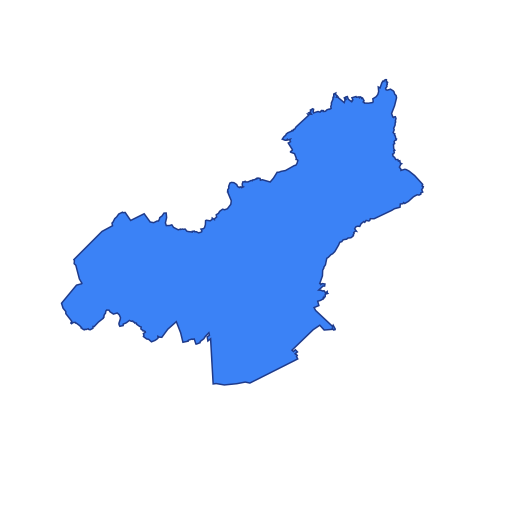 Villa Corona, Jalisco, Mexico, rotated 64°
{"feature_id": "50627088B54593739216200", "entity_name": "Villa Corona", "entity_type": "district", "adm_level": 2, "iso_a3": "MEX", "parent_name": "Mexico", "parent_adm1": "Jalisco", "projection": "albers", "projection_center": [-103.727, 20.389], "detail": "fine", "context": "isolated", "style": "filled", "palette": "blue", "viewbox_px": 512, "rotation_deg": 64, "n_neighbors": 0, "source": "geoboundaries", "source_scale": "gbopen_adm2", "svg_char_len": 6062}
<svg xmlns="http://www.w3.org/2000/svg" viewBox="0 0 512 512"><g transform="rotate(64 256 256)"><path d="M275.3,105.2L272.5,103.5L273.4,101.1L272.7,99.9L274.0,99.3L273.7,95.0L271.8,88.5L271.6,84.3L272.7,82.8L272.7,80.8L271.5,80.1L271.6,78.1L269.0,78.0L268.1,76.3L267.0,75.2L266.6,75.5L266.9,75.9L265.9,76.0L264.7,74.8L263.6,75.1L253.4,78.1L246.8,81.2L244.2,83.1L243.3,84.2L242.6,88.2L241.7,87.7L239.0,88.2L236.9,85.5L236.9,84.7L235.6,85.6L233.4,85.0L233.1,86.4L231.5,86.2L230.5,88.2L228.0,88.2L226.7,89.0L224.9,88.8L224.3,88.5L224.4,87.4L223.6,86.3L221.7,86.0L221.8,84.9L220.0,85.2L215.9,83.5L215.8,82.1L213.8,81.8L213.1,80.7L213.2,79.2L212.4,78.4L211.8,78.9L209.2,78.2L208.2,78.5L207.0,77.7L206.7,78.2L205.1,78.6L203.2,76.5L201.6,76.3L199.3,73.6L197.4,72.6L196.8,71.7L195.6,71.5L193.8,69.9L191.9,69.7L191.5,71.1L191.9,71.6L191.1,72.1L187.4,71.7L181.7,65.6L175.4,60.3L173.1,59.7L171.5,60.4L168.7,60.0L167.7,60.3L165.0,62.0L164.5,65.2L163.7,66.2L162.0,66.0L161.1,64.0L159.7,63.7L159.5,62.9L158.4,62.6L157.7,61.6L157.3,61.6L156.7,62.5L154.7,61.5L154.3,62.2L154.3,63.5L155.1,64.6L154.4,65.2L155.5,67.0L159.3,70.8L157.7,72.0L162.0,73.7L164.3,75.8L165.5,78.2L165.9,82.1L168.3,82.8L169.2,83.8L168.0,87.9L166.1,91.5L165.5,91.4L164.5,92.1L163.7,90.8L160.7,91.0L160.7,91.9L159.8,91.7L158.7,92.5L159.1,93.7L158.1,93.7L157.4,96.1L156.5,96.2L155.8,100.4L158.2,100.5L158.5,101.7L159.3,102.0L159.3,102.5L155.5,104.3L152.8,104.0L152.8,104.6L152.4,105.0L152.5,106.0L155.5,106.6L152.6,106.2L152.5,107.3L154.9,107.6L156.8,109.5L149.8,112.6L149.2,112.4L148.5,114.0L147.6,112.8L145.6,113.7L144.5,112.9L144.5,115.1L147.3,116.5L147.1,117.2L148.9,118.2L151.6,121.3L152.6,121.5L154.5,123.3L156.3,123.8L156.4,125.6L156.0,125.8L155.7,128.1L156.4,130.2L155.6,132.2L154.8,131.8L154.2,132.9L154.4,133.5L154.0,133.6L154.8,135.4L153.3,136.9L152.6,141.5L151.0,141.2L149.4,139.9L148.5,140.5L148.7,143.0L149.2,142.7L150.5,144.2L150.4,145.4L151.5,144.6L151.2,144.2L152.9,144.0L151.0,147.3L152.6,147.0L157.6,163.6L158.9,165.4L158.7,167.0L159.4,167.2L159.6,168.0L159.0,168.8L159.4,169.1L159.2,173.4L159.7,175.5L160.5,176.3L161.0,178.5L162.5,181.2L164.7,179.1L165.3,178.0L164.8,176.7L165.7,176.7L166.1,173.9L166.7,174.8L168.4,174.9L168.6,177.5L176.4,176.7L176.9,177.0L177.3,179.2L177.8,179.4L180.9,176.5L185.7,176.9L186.8,177.7L187.7,176.6L188.5,176.5L190.8,178.6L191.9,180.5L191.5,181.9L192.1,192.0L190.9,196.5L190.8,198.6L190.0,200.3L193.7,206.2L195.7,210.8L190.2,216.9L189.8,218.8L188.1,218.3L186.9,219.9L187.0,221.3L186.5,221.2L186.8,223.7L186.2,225.7L186.7,226.3L186.0,227.2L185.9,230.8L184.7,233.2L184.1,233.1L184.1,234.5L183.6,235.2L185.3,236.9L186.6,237.2L187.3,237.9L188.3,237.1L188.3,239.0L186.9,239.9L187.2,241.0L186.3,241.6L185.3,242.1L183.3,242.0L180.4,243.7L179.1,245.8L179.0,247.5L181.5,250.1L183.1,250.7L184.0,252.3L185.8,253.4L185.9,253.0L187.2,253.5L195.5,254.0L198.5,256.0L201.0,261.0L200.7,263.9L199.3,265.5L199.9,269.1L201.2,271.0L201.5,273.7L203.7,274.3L204.4,277.1L205.0,277.4L202.7,278.7L203.9,279.5L204.3,281.8L202.1,284.9L202.1,285.8L205.7,287.8L207.9,289.8L208.4,291.3L207.7,293.7L209.7,293.6L210.4,294.3L210.4,295.7L210.0,297.5L208.1,298.9L207.2,300.6L206.6,300.5L205.9,302.5L206.5,302.8L204.3,306.2L203.5,307.2L200.7,307.9L200.2,309.6L199.5,310.3L199.2,312.0L198.7,312.1L198.4,314.4L194.1,317.6L191.1,318.0L190.7,320.4L189.3,323.3L186.5,322.9L182.3,319.5L178.0,317.9L177.1,319.9L178.8,322.9L179.3,325.7L180.5,326.6L181.8,328.3L181.2,329.5L181.2,333.3L179.1,336.2L169.0,338.0L169.1,353.1L159.5,354.5L158.8,356.5L158.1,356.8L158.1,361.0L159.8,364.1L160.5,366.6L162.8,369.6L163.3,371.0L165.9,371.7L166.4,383.6L179.4,421.3L180.5,421.2L183.2,422.8L185.3,422.0L199.2,424.8L204.2,424.4L204.5,424.9L203.5,430.1L213.2,451.5L218.3,452.3L222.5,451.3L224.5,452.2L233.9,450.2L235.1,451.8L236.0,451.4L235.6,449.7L236.4,447.6L237.3,447.5L237.6,446.9L241.3,445.0L243.2,444.4L243.9,444.7L244.1,444.2L244.9,444.2L246.6,443.2L247.2,442.4L246.9,441.8L247.6,440.9L247.8,438.7L248.6,438.6L249.6,437.4L249.5,434.3L247.9,433.3L248.5,432.4L246.3,426.6L245.0,420.5L244.3,420.1L244.3,419.4L243.2,419.0L242.0,417.7L241.6,416.5L239.7,415.1L239.1,413.9L240.3,411.8L242.1,411.7L245.7,409.6L246.4,405.7L248.8,404.7L251.9,404.8L253.2,405.6L256.4,408.7L257.7,409.2L259.5,409.2L260.3,405.9L259.0,405.2L259.2,402.1L258.4,398.0L260.0,396.7L260.4,395.3L261.4,395.2L262.4,394.3L263.1,394.4L263.5,393.3L264.1,392.9L264.9,393.3L268.2,391.5L269.5,390.3L271.0,391.4L271.9,391.2L273.0,390.3L273.9,390.4L274.2,389.5L275.3,388.7L276.0,388.8L276.4,391.3L278.0,391.4L279.0,392.5L282.7,390.6L283.8,389.0L287.3,387.6L287.6,383.8L287.2,381.1L286.5,379.4L285.7,379.7L285.1,379.4L286.7,378.2L287.8,376.3L283.1,367.3L280.1,356.4L292.0,357.4L301.5,359.5L302.8,354.3L302.2,354.1L302.1,353.1L302.6,349.9L303.1,349.6L303.5,347.9L308.8,348.6L309.1,348.0L309.4,344.3L308.4,343.6L307.5,339.2L306.0,336.7L304.3,332.0L306.9,332.6L307.3,335.3L311.3,336.5L310.5,333.1L352.2,350.6L353.2,347.7L358.0,341.0L362.4,329.1L364.6,320.9L367.5,317.2L366.8,263.6L364.1,263.7L363.5,262.5L362.2,262.9L361.8,263.6L360.9,263.7L360.4,260.8L357.5,261.7L358.3,264.2L356.4,264.9L347.3,236.9L346.2,229.0L352.4,227.2L355.3,219.8L354.6,219.2L356.5,218.7L356.9,217.3L356.4,216.8L352.1,217.0L353.0,218.0L331.1,226.3L327.8,226.4L328.1,221.2L323.7,220.4L324.2,217.4L324.0,214.6L323.3,214.0L323.9,214.1L322.8,211.6L320.7,210.5L321.1,207.9L319.7,208.5L320.0,208.0L319.2,207.6L319.6,209.6L317.0,210.1L316.8,211.3L315.4,212.5L314.1,214.6L312.4,209.0L313.1,207.5L311.4,206.3L309.8,208.6L310.1,210.2L309.4,210.0L308.7,210.8L303.0,205.0L298.0,202.3L296.5,200.2L295.8,200.0L294.4,197.5L289.1,193.4L288.9,191.6L287.6,188.0L287.6,186.2L286.5,183.1L282.4,177.0L280.4,174.7L280.7,172.6L279.8,171.0L279.8,169.8L280.6,167.2L280.2,165.4L281.2,162.7L280.8,160.6L280.4,159.5L279.7,159.5L278.8,158.0L277.8,157.9L277.1,155.6L277.7,154.9L274.8,155.4L273.5,153.3L273.8,151.5L274.9,149.8L273.0,147.3L272.3,144.0L273.4,143.5L272.3,141.4L274.0,139.2L273.9,138.2L272.6,136.9L274.3,133.5L274.5,114.1L274.2,110.8L275.3,105.2Z" fill="#3b82f6" stroke="#1e3a8a" stroke-width="1.5"/></g></svg>